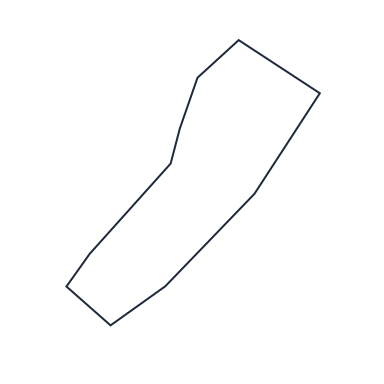 an SVG outline of Sowa, rotated 298°
{"feature_id": "BWA-5505", "entity_name": "Sowa", "entity_type": "Township", "adm_level": 1, "iso_a3": "BWA", "parent_name": "Botswana", "parent_adm1": "", "projection": "orthographic", "projection_center": [26.183, -20.572], "detail": "fine", "context": "isolated", "style": "outline", "palette": "slate", "viewbox_px": 384, "rotation_deg": 298, "n_neighbors": 0, "source": "natural_earth", "source_scale": "10m", "svg_char_len": 293}
<svg xmlns="http://www.w3.org/2000/svg" viewBox="0 0 384 384"><g transform="rotate(298 192 192)"><path d="M49.6,125.5L89.4,130.7L207.1,159.8L242.1,151.5L295.5,143.2L348.0,161.9L339.2,258.5L219.7,248.0L96.3,212.7L36.0,182.7L49.6,125.5Z" fill="none" stroke="#1e293b" stroke-width="2"/></g></svg>